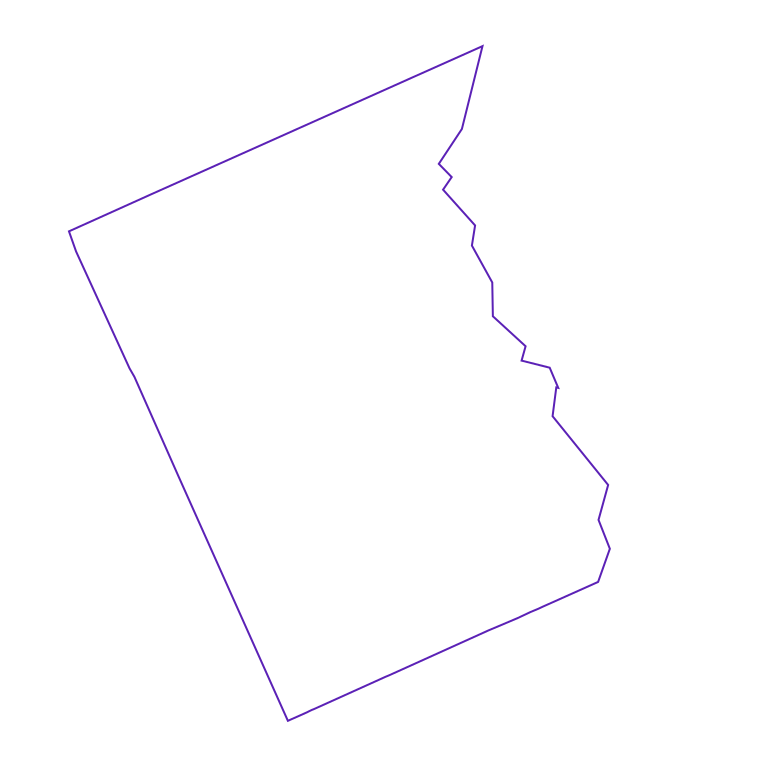 outline of St. Helena, Louisiana, United States of America, rotated 156°
{"feature_id": "52423323B72303975114408", "entity_name": "St. Helena", "entity_type": "district", "adm_level": 2, "iso_a3": "USA", "parent_name": "United States of America", "parent_adm1": "Louisiana", "projection": "orthographic", "projection_center": [-90.753, 30.825], "detail": "fine", "context": "isolated", "style": "outline", "palette": "violet", "viewbox_px": 768, "rotation_deg": 156, "n_neighbors": 0, "source": "geoboundaries", "source_scale": "gbopen_adm2", "svg_char_len": 646}
<svg xmlns="http://www.w3.org/2000/svg" viewBox="0 0 768 768"><g transform="rotate(156 384 384)"><path d="M238.0,545.5L244.4,562.8L209.1,585.3L156.6,652.6L233.1,652.5L520.8,652.0L609.7,651.6L611.4,630.3L610.1,501.7L609.1,492.0L609.3,383.6L608.8,115.4L587.4,115.4L586.1,115.5L582.3,115.6L580.6,115.5L501.7,115.9L498.4,115.8L388.9,116.4L357.0,115.8L343.1,116.1L334.4,115.9L329.3,116.0L324.2,116.0L268.9,116.1L244.7,141.6L243.3,172.6L220.3,200.6L243.1,286.0L228.0,310.8L226.4,309.6L226.0,331.5L248.8,349.4L239.3,360.9L257.0,401.6L243.8,432.7L247.4,474.7L236.3,491.8L251.0,537.5L238.0,545.5Z" fill="none" stroke="#5b21b6" stroke-width="2"/></g></svg>